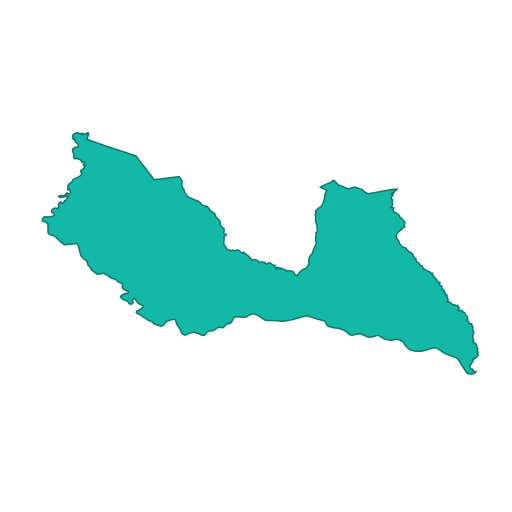 outline of Nova Nazaré, Mato Grosso, Brazil, rotated 82°
{"feature_id": "56859067B23326141665054", "entity_name": "Nova Nazaré", "entity_type": "district", "adm_level": 2, "iso_a3": "BRA", "parent_name": "Brazil", "parent_adm1": "Mato Grosso", "projection": "robinson", "projection_center": [-51.887, -14.146], "detail": "fine", "context": "isolated", "style": "filled", "palette": "teal", "viewbox_px": 512, "rotation_deg": 82, "n_neighbors": 0, "source": "geoboundaries", "source_scale": "gbopen_adm2", "svg_char_len": 6077}
<svg xmlns="http://www.w3.org/2000/svg" viewBox="0 0 512 512"><g transform="rotate(82 256 256)"><path d="M112.1,404.8L110.8,404.9L110.3,405.9L112.2,406.3L111.4,407.4L111.3,409.2L110.5,410.5L111.7,411.1L110.2,412.5L110.6,413.5L109.3,414.8L109.1,416.3L109.6,419.1L110.9,420.6L112.2,421.0L113.7,420.1L114.2,421.3L116.6,418.9L117.8,419.0L120.2,417.0L122.0,416.6L123.6,417.4L123.2,420.3L124.6,422.8L126.3,423.0L131.1,422.2L132.6,422.8L134.2,422.5L134.6,421.1L134.4,419.8L136.0,417.0L137.4,415.9L139.1,415.2L138.7,414.1L139.3,412.5L141.7,414.5L142.6,413.8L142.7,412.5L145.2,414.5L147.1,417.7L148.8,417.7L149.6,417.0L150.9,417.3L152.9,420.2L154.8,426.5L156.5,427.4L159.3,431.9L160.4,432.5L164.4,433.2L164.2,431.5L167.0,430.8L168.2,431.0L168.6,432.9L167.2,434.4L169.0,436.6L169.4,438.1L168.9,441.8L169.6,443.2L170.7,442.1L171.0,440.7L170.6,435.4L171.0,433.4L172.1,434.3L172.6,435.3L174.0,436.1L174.6,438.0L175.9,438.4L176.8,440.4L175.2,441.8L177.1,444.4L178.2,444.7L179.3,444.3L181.5,445.5L180.8,447.2L180.6,448.7L181.4,451.2L182.5,452.0L184.0,452.3L185.9,450.2L187.2,450.1L188.0,450.8L188.7,454.0L187.8,459.8L188.1,460.9L190.1,462.5L191.5,462.8L193.6,458.8L194.8,458.0L196.6,457.7L203.6,458.7L204.9,458.4L206.5,456.4L208.3,452.3L213.9,448.3L218.0,444.4L218.4,443.0L218.2,440.3L218.7,437.6L218.6,432.7L219.5,431.2L220.7,430.6L231.2,429.4L234.8,427.0L236.2,425.2L238.5,423.9L241.4,423.7L244.3,421.7L246.8,421.0L251.8,415.9L252.1,413.7L252.0,408.7L253.4,407.6L254.3,405.9L258.2,401.7L259.5,398.3L262.8,395.7L264.4,392.7L266.9,392.2L268.4,392.9L269.9,392.3L272.3,389.2L272.9,387.7L274.1,387.3L275.0,388.1L275.2,392.2L275.6,393.4L277.2,395.8L278.2,395.7L281.1,393.1L282.7,389.6L285.8,388.1L286.2,386.7L286.1,384.9L285.2,384.2L283.6,384.4L281.4,383.8L280.7,383.0L282.6,381.2L286.0,379.6L287.3,378.3L288.9,375.6L289.7,374.8L290.6,374.8L293.6,379.5L293.9,381.7L295.4,382.4L296.6,381.3L298.4,378.4L301.0,376.1L302.0,374.3L304.3,372.2L306.8,368.0L309.0,366.4L312.1,360.5L312.1,358.9L311.4,356.9L308.8,354.3L308.1,352.9L307.2,347.7L307.5,345.6L308.2,344.6L312.8,343.9L318.3,341.2L321.0,340.7L322.5,339.9L324.3,337.7L324.4,336.2L323.1,332.6L323.0,328.2L324.6,323.9L326.4,321.6L327.4,319.2L327.1,317.8L324.3,314.7L323.8,312.3L324.1,310.3L323.6,308.1L321.4,303.4L322.4,298.4L319.4,294.9L319.1,291.4L318.4,289.7L313.9,286.5L313.3,284.9L315.1,275.7L314.9,273.8L313.2,269.9L312.8,267.6L313.1,266.2L314.4,263.2L321.0,255.6L322.9,244.9L324.5,238.6L324.1,229.1L322.4,216.1L322.5,213.2L327.6,202.7L329.7,197.4L330.6,196.6L333.8,195.6L335.7,194.3L338.1,188.4L339.2,183.8L340.9,180.8L342.6,177.9L346.4,174.8L347.7,172.7L347.8,170.2L347.3,167.8L347.5,164.1L347.8,163.0L351.9,156.3L352.3,153.9L352.2,150.6L351.4,147.3L351.7,145.6L355.8,140.7L357.4,136.9L358.4,133.4L358.0,128.7L358.6,126.2L361.6,122.3L365.5,120.5L369.3,117.5L370.4,116.2L372.2,112.3L373.3,105.8L373.1,102.2L371.7,93.5L372.2,90.0L379.2,82.0L384.9,71.5L385.9,70.5L400.8,63.7L402.0,62.6L402.9,59.3L402.9,57.8L402.5,55.9L401.1,54.3L401.0,55.8L400.3,56.9L399.0,56.8L398.1,57.4L397.9,58.5L396.9,59.6L395.4,59.9L392.6,57.8L390.4,55.6L389.2,56.4L388.7,54.8L387.7,55.2L387.8,53.4L387.0,51.6L385.2,49.8L384.0,49.6L383.3,50.5L382.4,49.6L379.5,49.9L378.5,49.2L377.5,49.8L374.0,50.1L371.5,53.1L370.5,52.3L365.9,52.8L361.7,50.8L360.3,51.5L358.9,51.7L356.4,51.1L354.2,52.1L353.1,51.8L352.7,54.2L351.4,54.1L348.7,56.0L347.9,54.9L345.8,55.1L344.8,55.5L344.2,56.5L341.0,57.5L339.9,59.1L338.6,59.5L338.1,60.8L338.5,61.8L338.1,63.6L336.8,63.5L336.2,61.9L333.0,63.2L333.1,64.5L332.0,65.9L332.0,67.6L328.1,71.2L328.2,72.9L326.2,71.9L323.0,72.5L321.1,72.4L320.4,73.7L319.3,73.6L317.9,74.6L316.6,74.2L313.9,76.8L311.6,76.0L311.1,77.4L310.2,78.0L309.1,78.1L308.0,77.5L305.9,80.2L304.3,80.5L301.3,82.8L300.0,83.0L298.8,84.1L297.6,83.6L297.5,85.0L295.8,86.3L294.4,88.9L292.6,90.6L292.1,91.9L289.1,92.8L287.6,95.2L286.1,95.4L284.1,97.9L281.0,98.1L280.0,99.5L276.3,100.4L273.9,102.2L273.3,103.8L270.7,105.7L269.3,106.1L267.5,109.4L266.3,110.7L264.3,111.8L260.3,112.8L257.8,114.6L256.9,114.2L255.9,114.8L253.1,112.9L248.5,106.4L247.7,104.5L246.1,105.2L244.5,104.3L243.1,104.0L241.1,105.1L238.7,106.7L238.1,107.9L236.0,108.4L234.5,109.6L232.5,111.6L231.8,113.3L229.1,113.6L227.4,113.0L226.7,115.9L225.8,115.3L225.3,114.1L220.5,113.4L219.5,112.9L218.4,113.9L216.0,113.5L215.1,112.1L213.9,111.9L213.4,113.3L212.6,112.4L212.7,110.8L210.4,109.4L210.6,108.2L209.4,107.2L209.0,111.9L210.0,135.6L209.2,137.5L207.4,139.8L205.1,141.6L201.5,148.2L202.3,154.9L201.8,156.3L197.2,164.3L192.0,168.3L192.3,169.8L193.7,171.9L194.4,175.7L196.8,182.6L201.1,176.7L202.9,178.3L206.7,179.9L208.0,179.9L210.6,181.3L211.7,181.2L212.7,182.3L215.0,183.7L216.1,184.7L217.4,187.6L219.8,190.8L221.1,191.0L222.2,190.6L223.2,191.7L224.1,191.2L225.2,191.6L226.2,191.3L228.8,192.2L231.3,192.0L232.6,191.4L239.8,191.7L241.3,193.5L243.1,193.3L244.1,193.9L248.6,194.9L251.1,194.4L252.8,195.0L257.7,198.2L261.2,199.7L262.8,201.9L264.1,203.0L268.3,204.7L270.1,204.4L272.9,206.0L275.1,208.1L276.1,212.1L276.9,212.8L278.1,215.3L281.4,218.0L279.4,220.1L276.5,221.5L275.6,223.6L275.0,227.9L273.5,229.3L272.7,231.2L271.5,232.6L271.8,233.9L270.8,234.8L270.3,236.2L271.5,236.6L271.6,238.0L270.3,237.9L268.0,238.5L267.5,240.1L265.0,242.8L264.5,244.5L265.6,245.9L265.0,247.2L263.5,248.0L263.5,249.5L262.7,250.6L262.7,253.6L261.4,254.4L259.7,256.7L259.4,260.6L258.6,261.6L257.4,261.6L257.0,262.8L255.9,262.7L254.9,263.5L252.5,266.1L251.6,266.7L250.5,268.0L251.4,268.8L250.5,270.1L247.8,272.3L247.4,273.7L247.8,275.3L247.5,277.2L246.7,278.6L247.3,279.9L245.7,283.3L240.1,286.2L239.1,286.0L238.2,286.3L235.6,285.3L232.3,285.0L231.4,283.2L230.6,282.6L229.1,285.0L225.7,283.8L224.3,284.0L223.4,285.0L219.7,287.4L218.8,286.8L216.1,286.9L211.9,290.1L210.2,290.7L208.8,290.7L203.5,295.9L202.3,295.9L200.1,297.6L199.8,298.8L198.6,300.6L198.4,302.3L195.7,303.5L193.3,305.8L193.5,307.0L192.3,308.1L188.5,314.4L186.9,315.9L182.1,318.1L180.6,318.0L177.3,319.5L174.7,319.7L171.7,318.7L168.3,320.1L166.7,321.2L166.3,346.2L140.2,361.0L124.0,393.6L116.8,407.2L112.1,404.8Z" fill="#14b8a6" stroke="#0f766e" stroke-width="1.5"/></g></svg>